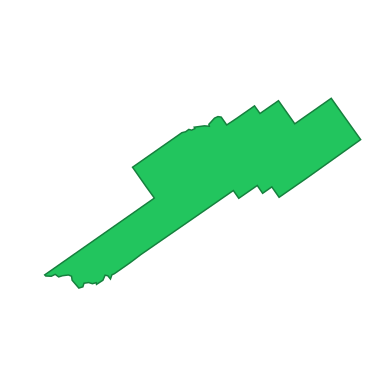 outline of Pondera, Montana, United States of America, rotated 325°
{"feature_id": "52423323B52290427367447", "entity_name": "Pondera", "entity_type": "district", "adm_level": 2, "iso_a3": "USA", "parent_name": "United States of America", "parent_adm1": "Montana", "projection": "robinson", "projection_center": [-112.508, 48.234], "detail": "fine", "context": "isolated", "style": "filled", "palette": "green", "viewbox_px": 384, "rotation_deg": 325, "n_neighbors": 0, "source": "geoboundaries", "source_scale": "gbopen_adm2", "svg_char_len": 844}
<svg xmlns="http://www.w3.org/2000/svg" viewBox="0 0 384 384"><g transform="rotate(325 192 192)"><path d="M81.6,214.4L101.4,214.4L114.2,213.9L226.7,214.5L226.7,224.0L249.2,224.1L249.1,233.6L260.3,233.6L260.3,246.3L294.1,246.4L360.2,245.8L359.9,214.2L359.8,195.1L315.3,195.1L315.3,188.9L315.2,166.8L292.7,166.7L292.6,157.3L271.1,157.3L258.9,157.0L258.9,147.4L256.5,145.1L252.8,144.4L244.7,146.2L243.9,148.1L240.1,144.9L231.0,140.2L230.7,141.7L227.1,141.1L225.3,138.9L221.4,139.0L217.7,137.6L157.5,137.6L157.5,161.1L157.7,175.3L156.8,175.4L23.8,175.4L24.0,176.9L28.4,180.3L32.7,181.0L34.1,185.1L37.9,186.3L43.2,189.1L45.0,191.9L43.2,195.5L44.2,205.8L48.2,207.1L51.2,204.8L55.4,206.9L57.8,210.0L61.5,211.3L60.8,212.9L68.4,213.2L73.1,210.3L75.0,212.3L75.3,216.5L78.9,213.9L81.6,214.4Z" fill="#22c55e" stroke="#15803d" stroke-width="1.5"/></g></svg>